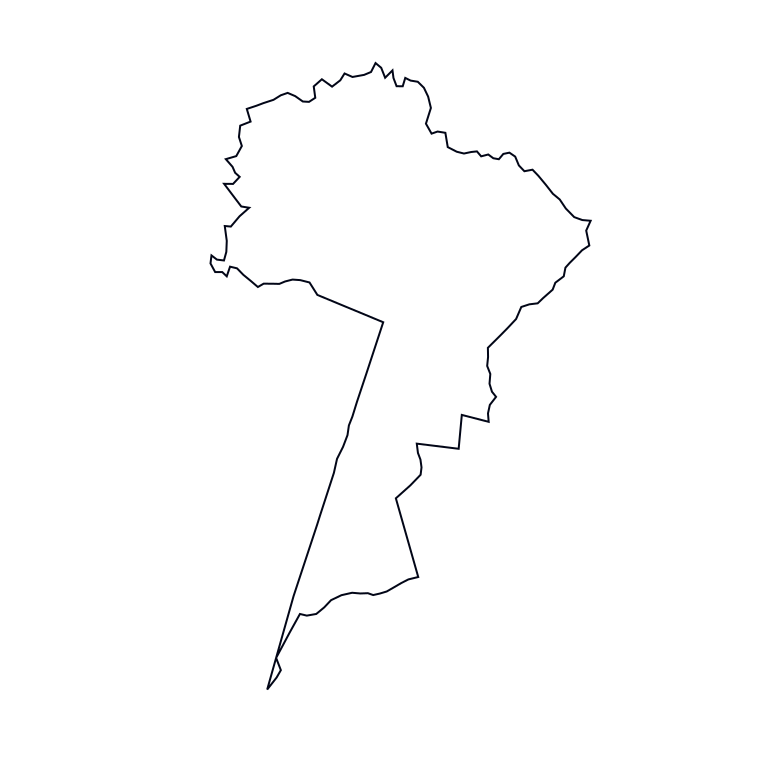 Pinhalão, Paraná, Brazil (Equal Earth projection), rotated 187°
{"feature_id": "56859067B37509012226284", "entity_name": "Pinhalão", "entity_type": "district", "adm_level": 2, "iso_a3": "BRA", "parent_name": "Brazil", "parent_adm1": "Paraná", "projection": "equal_earth", "projection_center": [-50.054, -23.866], "detail": "fine", "context": "isolated", "style": "outline", "palette": "ink", "viewbox_px": 768, "rotation_deg": 187, "n_neighbors": 0, "source": "geoboundaries", "source_scale": "gbopen_adm2", "svg_char_len": 2177}
<svg xmlns="http://www.w3.org/2000/svg" viewBox="0 0 768 768"><g transform="rotate(187 384 384)"><path d="M553.2,471.7L551.1,481.7L544.0,480.9L536.9,475.2L529.0,470.2L521.0,464.9L515.7,468.9L507.3,469.9L500.1,470.6L494.7,473.7L487.5,476.5L479.8,476.9L470.3,475.7L461.0,464.3L392.3,445.2L402.9,391.5L408.7,362.8L411.4,347.8L413.8,338.6L414.0,328.8L417.0,316.6L421.5,304.0L422.9,289.7L431.5,245.5L433.2,236.3L447.9,162.5L457.7,99.0L453.0,111.1L447.5,125.4L439.4,145.5L432.4,144.7L423.2,147.5L416.1,155.0L410.2,163.0L400.5,169.2L390.2,172.9L382.0,173.2L374.5,174.4L369.0,173.2L362.6,175.5L356.0,178.4L342.5,188.6L336.0,193.0L326.5,196.6L358.3,272.0L345.5,286.6L336.6,298.4L336.6,305.8L338.6,313.4L341.9,319.7L344.2,328.8L302.0,328.8L303.0,362.8L275.5,359.2L277.2,367.5L276.4,376.2L271.2,384.9L275.9,389.5L279.3,397.1L279.7,406.9L283.8,414.5L284.0,423.5L285.3,432.6L275.2,445.4L268.2,454.5L260.8,464.6L257.1,477.2L249.4,480.8L241.3,482.8L236.6,488.6L228.1,498.2L226.3,505.4L218.7,512.8L218.1,521.6L214.4,526.9L209.3,533.4L203.7,540.9L197.1,546.5L202.0,560.9L198.8,571.2L207.2,570.9L215.5,572.8L224.9,580.3L232.1,588.6L239.6,593.4L247.7,601.5L256.2,609.5L262.7,614.8L270.6,612.3L276.8,617.4L281.5,625.7L287.7,628.9L293.6,626.9L297.4,621.1L303.0,621.4L308.5,624.5L315.3,621.8L320.1,626.2L325.7,624.9L332.7,622.5L340.1,623.4L349.6,626.9L353.7,640.8L361.6,641.1L367.3,638.3L374.1,647.5L371.1,663.7L375.2,674.6L380.5,682.9L387.3,688.1L394.6,688.4L400.2,690.4L401.7,681.8L407.8,681.1L411.9,688.9L413.8,696.3L420.2,688.1L425.3,697.5L431.5,701.5L434.9,692.1L441.4,688.4L452.7,684.9L461.0,687.4L464.4,680.1L471.8,672.8L482.8,678.9L490.0,670.8L487.1,659.7L492.8,654.9L499.0,654.5L507.2,658.9L515.1,661.2L521.6,658.0L528.3,652.6L537.9,648.1L544.6,644.6L553.7,640.3L548.4,628.2L558.2,622.9L558.1,611.5L554.1,602.9L558.4,592.2L568.4,587.9L560.8,581.1L557.5,575.5L552.5,572.0L558.2,564.2L567.1,563.2L554.9,550.6L547.3,542.8L539.3,542.5L547.8,532.9L555.2,521.6L561.3,521.4L557.5,506.9L556.6,495.9L557.9,487.1L565.0,487.1L570.9,490.6L570.9,482.5L565.2,474.5L558.2,475.4L553.2,471.7ZM457.7,99.0L462.7,66.5L454.8,79.6L451.5,87.4L457.7,99.0Z" fill="none" stroke="#020617" stroke-width="2"/></g></svg>